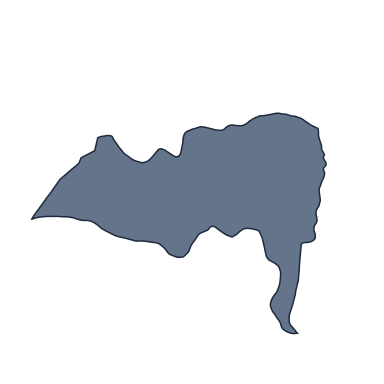 the district of Chajul, Quiché, Guatemala, rotated 288°
{"feature_id": "79465075B19159342798902", "entity_name": "Chajul", "entity_type": "district", "adm_level": 2, "iso_a3": "GTM", "parent_name": "Guatemala", "parent_adm1": "Quiché", "projection": "orthographic", "projection_center": [-91.005, 15.608], "detail": "fine", "context": "isolated", "style": "filled", "palette": "slate", "viewbox_px": 384, "rotation_deg": 288, "n_neighbors": 0, "source": "geoboundaries", "source_scale": "gbopen_adm2", "svg_char_len": 3438}
<svg xmlns="http://www.w3.org/2000/svg" viewBox="0 0 384 384"><g transform="rotate(288 192 192)"><path d="M214.6,85.6L201.2,86.7L192.7,78.3L190.3,76.0L184.8,75.6L183.1,74.8L181.0,73.6L177.5,71.3L175.4,70.0L173.6,68.9L169.5,66.4L163.1,62.5L147.6,57.8L142.1,55.8L135.7,53.8L120.0,48.7L118.1,48.3L117.3,48.1L116.7,48.1L119.7,52.3L120.8,54.4L122.5,58.2L124.4,62.8L125.5,66.4L126.4,69.0L127.6,72.8L128.3,76.1L130.0,81.3L130.1,82.7L130.8,86.6L130.8,94.4L131.5,98.0L132.7,101.6L133.0,104.3L132.8,107.5L132.2,109.7L131.5,112.2L130.0,115.7L129.1,118.1L128.2,123.0L127.9,125.5L127.5,127.4L126.8,132.4L126.8,135.9L127.5,143.0L128.0,154.0L129.4,157.7L130.1,160.2L130.6,162.2L132.0,170.2L132.6,173.5L132.7,175.5L132.2,178.0L130.3,182.7L128.5,185.7L127.0,187.4L125.8,189.9L125.3,197.6L126.1,200.8L127.5,203.5L129.0,204.7L134.3,207.3L140.2,207.6L144.4,208.5L146.7,209.5L153.7,211.4L156.0,213.2L156.8,214.3L160.7,218.8L164.2,220.1L165.0,220.9L165.5,221.5L165.9,222.7L165.9,224.6L163.4,232.0L161.8,237.9L161.5,243.1L161.9,244.4L165.4,247.5L169.2,249.6L172.6,252.1L174.4,255.2L175.6,260.4L175.9,265.1L175.7,267.3L175.2,268.2L174.6,268.8L171.8,271.4L170.6,272.5L169.3,273.4L163.7,276.8L160.1,278.9L155.1,281.7L153.4,283.0L152.4,284.1L151.7,285.2L151.1,286.2L149.8,293.1L148.3,296.8L147.7,297.6L146.9,298.3L145.0,299.8L143.2,301.0L140.8,301.8L137.7,302.6L135.5,303.1L133.1,303.6L129.9,303.9L123.5,303.6L116.9,301.4L113.0,300.9L109.2,301.2L107.0,302.4L105.1,303.8L103.1,305.8L101.4,308.3L98.6,311.7L95.9,315.4L93.7,317.3L91.8,318.4L90.3,319.9L89.6,321.1L88.4,325.3L88.2,329.6L88.8,332.7L89.0,333.2L90.3,335.9L91.2,334.1L92.6,332.4L95.9,326.8L97.7,325.0L102.2,323.2L106.0,322.5L116.6,322.6L118.4,322.3L125.6,322.0L131.1,321.1L133.4,321.0L135.4,320.7L140.4,320.5L143.8,319.7L151.8,317.9L154.3,317.1L157.2,316.4L160.0,315.7L176.1,312.1L176.8,312.4L177.5,312.9L178.4,314.1L179.2,316.1L180.0,317.9L181.4,320.4L182.4,321.4L184.0,322.7L186.1,323.4L188.1,322.9L190.2,322.1L193.3,319.7L196.1,318.9L198.3,319.0L201.4,319.8L203.4,319.8L206.6,318.4L208.2,317.2L211.7,316.0L213.9,316.0L218.1,317.0L223.9,316.6L233.1,312.2L235.2,312.0L238.3,312.2L242.7,312.2L246.2,312.8L249.4,312.6L250.8,312.3L252.0,311.7L253.4,310.1L256.0,309.8L258.0,311.0L260.0,311.0L261.6,310.0L264.6,306.6L265.8,306.2L268.3,306.4L270.1,304.8L272.5,302.1L276.2,300.8L280.4,297.7L284.3,295.1L289.0,293.4L291.3,292.2L292.5,283.9L293.3,281.7L293.5,280.0L294.0,279.3L293.9,278.7L295.4,274.6L295.8,272.1L295.8,265.7L295.2,264.4L294.9,259.3L295.1,257.6L294.1,253.5L293.6,249.6L292.6,247.2L290.5,243.6L289.0,240.8L287.6,238.2L286.2,235.5L285.6,233.5L284.5,231.7L283.8,231.3L282.5,229.5L280.6,227.6L276.6,224.3L276.0,224.2L272.8,221.8L270.4,218.9L268.9,213.8L268.2,209.5L267.3,207.6L265.0,205.1L261.4,203.0L259.7,201.0L258.4,195.8L257.6,183.8L256.7,180.0L255.9,178.6L254.7,177.3L254.7,176.9L253.2,175.3L253.1,174.7L252.0,173.1L248.7,169.1L246.9,167.5L243.9,166.8L240.3,166.9L235.7,168.1L227.0,169.1L224.4,169.1L222.5,168.5L221.4,167.7L220.5,166.0L220.5,163.8L223.5,153.0L223.6,149.4L223.1,148.1L222.5,147.4L221.7,146.7L220.4,146.3L217.2,145.0L213.9,143.7L210.2,142.0L207.8,140.4L205.4,137.6L205.0,136.5L204.5,135.8L204.3,134.6L204.1,128.1L204.8,124.4L207.5,116.1L208.4,114.3L209.5,112.8L209.8,112.4L211.6,109.3L212.1,108.7L217.3,101.8L220.1,98.9L220.4,97.1L219.9,95.0L219.4,93.7L219.0,92.8L217.8,90.7L217.3,89.7L217.0,88.8L216.6,88.3L214.6,85.6Z" fill="#64748b" stroke="#1e293b" stroke-width="1.5"/></g></svg>